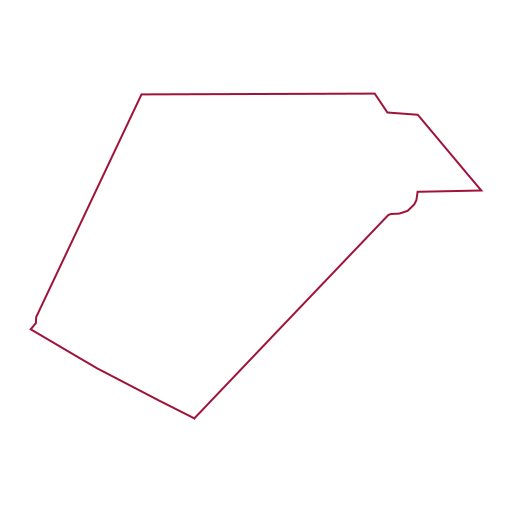 the district of Borkou Yala, Borkou, Chad
{"feature_id": "50815135B13621547433724", "entity_name": "Borkou Yala", "entity_type": "district", "adm_level": 2, "iso_a3": "TCD", "parent_name": "Chad", "parent_adm1": "Borkou", "projection": "robinson", "projection_center": [17.629, 17.462], "detail": "fine", "context": "isolated", "style": "outline", "palette": "rose", "viewbox_px": 512, "rotation_deg": 0, "n_neighbors": 0, "source": "geoboundaries", "source_scale": "gbopen_adm2", "svg_char_len": 476}
<svg xmlns="http://www.w3.org/2000/svg" viewBox="0 0 512 512"><path d="M481.3,190.5L469.2,176.2L417.8,114.8L417.0,114.7L387.4,112.5L374.7,93.6L141.5,94.4L37.7,313.9L36.2,317.0L35.9,323.1L30.7,329.3L36.5,332.7L43.8,337.0L62.3,347.9L80.3,358.5L97.4,368.5L159.1,400.6L193.4,417.9L194.2,418.2L194.4,418.4L194.5,418.2L279.0,329.5L388.3,215.0L391.0,214.0L399.2,213.6L407.6,210.9L414.3,204.3L416.4,200.1L417.6,191.8L481.3,190.5Z" fill="none" stroke="#9f1239" stroke-width="2"/></svg>